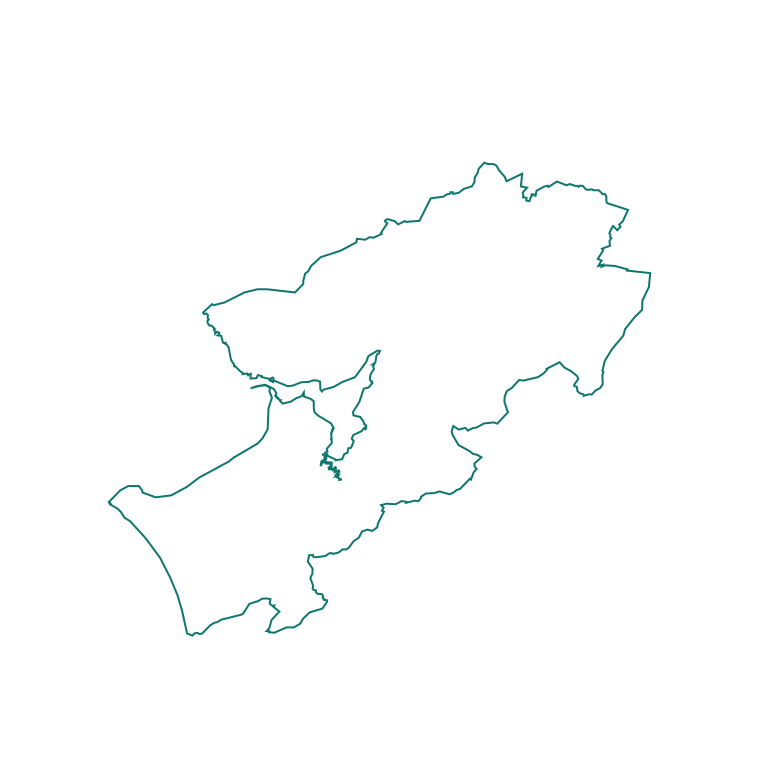 Wexford Lea-7, Wexford, Ireland, rotated 148°
{"feature_id": "5873133B47724630895547", "entity_name": "Wexford Lea-7", "entity_type": "district", "adm_level": 2, "iso_a3": "IRL", "parent_name": "Ireland", "parent_adm1": "Wexford", "projection": "natural_earth1", "projection_center": [-6.494, 52.363], "detail": "fine", "context": "isolated", "style": "outline", "palette": "teal", "viewbox_px": 768, "rotation_deg": 148, "n_neighbors": 0, "source": "geoboundaries", "source_scale": "gbopen_adm2", "svg_char_len": 6157}
<svg xmlns="http://www.w3.org/2000/svg" viewBox="0 0 768 768"><g transform="rotate(148 384 384)"><path d="M293.9,294.3L291.4,305.0L288.2,309.5L283.6,312.9L277.6,312.9L267.3,315.8L264.0,313.0L249.6,308.2L242.6,308.5L238.0,309.8L238.0,310.7L223.5,309.4L222.3,302.3L218.4,295.5L216.1,288.6L216.5,285.4L223.2,282.5L223.7,281.3L222.0,279.6L223.7,275.4L222.8,272.4L220.2,269.4L220.9,268.1L216.0,266.8L213.3,265.0L208.1,266.4L203.2,266.0L198.7,267.8L194.2,275.7L191.5,278.0L191.8,279.4L184.4,286.7L172.0,292.8L155.4,298.2L150.5,302.8L135.8,307.9L125.8,310.1L120.7,317.8L107.9,325.9L99.5,337.0L117.8,351.4L116.7,352.1L125.7,361.8L133.3,367.3L137.0,368.1L135.1,369.1L139.7,370.5L134.1,373.4L136.4,376.7L127.2,381.3L127.5,383.2L119.1,381.5L117.0,385.8L113.9,387.3L114.3,388.6L112.9,390.8L113.1,392.3L108.9,395.2L106.0,396.6L104.7,390.8L100.1,392.0L100.1,394.6L95.4,395.4L84.8,402.3L98.7,418.9L98.9,420.5L96.0,425.4L95.9,427.9L97.9,429.1L99.1,434.4L103.7,437.3L104.4,438.9L108.3,440.6L109.6,442.0L110.5,446.7L112.7,448.4L114.5,448.2L114.8,449.5L116.1,449.9L120.5,455.1L123.9,455.8L130.1,464.1L140.1,463.9L140.0,465.4L143.4,466.5L152.2,467.1L155.8,463.3L157.0,466.0L158.4,466.6L159.1,464.9L160.2,464.9L163.8,462.0L166.1,464.1L164.5,466.3L167.2,468.7L165.8,470.1L165.0,472.8L158.7,474.7L163.2,479.0L155.4,489.1L172.6,491.0L171.8,495.8L173.2,503.9L172.9,509.5L174.5,512.4L179.6,515.7L181.5,518.5L189.5,516.4L192.8,513.4L197.5,511.1L200.3,507.3L204.7,505.1L213.3,507.2L219.1,506.5L224.5,508.5L224.1,510.3L226.1,511.4L226.7,510.3L230.7,511.6L234.1,511.3L246.0,516.7L267.4,503.6L279.4,509.8L280.1,511.2L287.5,511.9L288.5,516.1L293.2,521.7L295.6,522.2L297.0,521.6L296.1,518.5L306.4,513.8L306.5,512.5L315.3,513.6L318.4,516.1L323.4,516.3L330.0,521.5L332.3,518.8L349.9,520.0L370.4,525.1L383.1,522.8L388.4,519.8L392.4,519.4L398.1,514.0L399.4,511.6L411.0,508.8L432.4,525.9L441.1,531.4L453.9,535.6L476.2,537.7L486.7,541.1L487.4,542.8L499.5,540.5L499.6,538.8L497.3,537.9L496.8,535.6L498.5,533.5L498.5,531.4L500.1,531.3L501.2,529.4L501.2,526.1L499.4,525.1L498.2,520.6L499.0,519.9L499.7,521.1L499.3,518.9L500.5,516.1L498.0,516.8L496.5,514.8L497.4,513.6L499.3,513.4L496.6,511.2L498.6,504.4L497.4,503.1L495.6,503.1L497.6,502.7L496.4,500.7L496.4,497.3L500.9,485.7L501.0,479.0L502.5,478.3L500.8,478.2L499.1,470.6L499.7,470.4L498.9,470.4L497.8,468.1L498.7,467.3L494.4,465.3L494.8,462.3L494.5,464.0L491.6,463.2L494.3,459.4L489.1,456.5L486.2,458.4L483.4,455.3L484.1,454.7L478.1,448.7L479.1,447.7L476.9,444.3L476.3,444.8L478.4,447.7L477.0,448.7L475.0,448.5L474.6,447.3L475.8,445.8L475.2,444.8L466.8,433.1L462.3,431.0L453.2,429.3L446.8,425.7L441.8,424.5L438.8,422.3L437.0,420.0L440.9,412.9L440.6,410.5L438.4,411.3L428.4,408.2L418.2,407.8L405.1,405.1L387.2,412.2L382.6,415.9L372.0,415.8L369.9,414.2L372.3,412.5L373.3,413.1L375.5,411.9L380.0,406.8L383.2,406.6L382.0,405.9L384.0,404.5L384.5,402.1L390.2,399.3L393.3,395.9L393.8,394.3L392.8,392.7L393.8,392.0L393.4,390.9L398.9,389.2L403.6,390.8L414.5,381.8L425.3,376.6L426.5,373.5L421.6,368.6L421.3,362.7L422.1,360.6L421.2,359.0L421.5,357.5L423.6,357.2L422.7,355.9L423.7,355.4L424.8,357.0L428.0,355.9L437.1,357.0L440.4,354.7L439.9,351.6L444.3,348.3L445.9,347.4L448.4,348.4L451.3,345.1L454.9,345.6L459.3,342.4L465.6,345.1L465.2,345.8L469.6,352.5L469.3,354.6L470.5,354.6L472.4,351.4L474.3,350.3L474.6,348.6L470.0,345.1L472.1,341.7L474.3,340.3L472.5,339.1L469.2,339.1L469.4,338.0L471.7,335.5L468.2,334.7L468.2,333.5L473.8,331.4L470.6,330.8L473.0,329.3L471.6,327.5L472.6,326.4L470.1,325.4L472.8,326.4L471.8,327.6L473.2,329.5L470.9,330.7L474.1,331.4L473.4,332.4L468.6,333.5L469.0,334.8L472.5,335.4L469.8,337.9L469.7,339.0L473.1,337.9L473.1,339.1L475.9,340.9L475.2,342.5L473.4,342.3L471.2,344.6L475.5,347.3L476.0,349.7L477.1,349.9L476.5,350.6L481.3,348.0L478.2,351.5L477.0,351.6L477.5,352.2L475.8,351.3L473.9,352.2L472.0,355.7L474.1,357.0L471.6,356.1L470.0,357.1L467.7,356.7L466.9,359.4L459.6,361.6L457.7,364.9L458.9,365.5L457.4,365.4L455.0,370.2L450.7,373.8L454.7,370.1L450.0,373.3L449.8,378.7L456.7,392.3L457.8,396.5L457.1,399.3L452.7,406.8L454.1,410.3L458.5,415.9L456.5,419.3L460.5,417.3L466.1,418.5L472.3,418.4L480.3,421.1L481.0,424.3L480.3,424.9L481.1,425.1L481.1,428.0L481.8,427.9L482.3,430.2L480.7,431.2L482.4,430.8L482.5,431.6L480.1,433.4L480.1,438.2L484.8,445.9L485.8,446.6L493.8,449.8L499.5,451.0L491.2,448.6L484.8,445.5L482.6,441.1L485.0,438.7L486.3,431.8L494.7,424.7L506.7,407.2L515.9,402.3L522.5,400.5L549.8,401.2L550.0,400.4L550.1,401.3L556.7,400.5L590.4,402.6L605.8,401.2L623.5,402.3L637.7,408.9L646.4,420.1L645.4,421.8L646.0,427.4L655.0,433.0L663.8,433.6L679.4,429.8L679.3,427.2L680.1,428.3L680.2,427.3L676.0,419.4L674.9,414.9L674.9,408.0L672.0,402.2L667.9,379.5L666.0,355.4L667.9,333.3L671.1,314.1L675.4,298.8L683.2,276.8L679.8,272.2L676.6,272.9L674.3,271.9L672.8,269.6L670.5,268.8L659.1,271.5L654.4,271.4L651.6,270.4L646.9,270.4L627.3,264.0L625.2,263.9L614.7,268.9L605.4,266.5L601.3,266.6L597.4,264.5L594.3,261.7L597.4,258.2L596.1,254.9L594.4,254.3L595.8,253.5L593.3,246.5L604.4,243.5L610.5,237.8L614.4,236.7L612.4,235.6L612.2,234.6L612.9,234.3L608.9,231.2L595.8,229.3L589.3,225.3L581.8,225.2L577.3,227.8L567.9,229.7L555.3,226.2L548.0,229.3L546.9,230.7L549.1,232.5L548.5,233.0L549.5,234.8L548.1,236.2L548.0,238.6L551.5,241.3L552.1,243.5L551.1,245.0L552.9,246.8L552.9,248.4L551.0,250.6L549.3,258.5L545.2,261.1L542.4,265.3L542.7,273.7L538.2,278.5L534.9,276.6L535.5,274.8L534.0,273.4L524.9,269.2L520.3,269.4L517.9,268.3L517.2,266.9L512.0,265.2L506.6,265.7L504.1,263.9L501.0,263.7L493.1,266.8L486.5,267.1L480.8,270.6L475.2,269.3L471.8,265.6L465.7,266.0L463.0,269.0L451.7,275.8L452.9,277.6L449.9,279.2L450.6,282.8L445.2,281.1L437.9,275.9L431.0,275.3L427.4,272.2L428.1,271.5L420.0,268.9L416.9,266.4L412.9,267.7L412.3,268.8L406.4,268.9L399.3,264.9L393.9,263.5L387.0,255.9L383.1,255.1L378.1,255.6L375.3,254.7L361.2,258.2L360.9,256.9L354.8,261.6L350.5,262.9L350.9,265.9L349.4,268.7L340.2,270.2L342.4,274.4L345.7,277.8L346.9,281.5L353.2,292.8L352.8,304.3L351.9,307.8L347.5,311.6L344.7,305.7L338.3,303.7L337.5,300.0L332.4,299.6L328.5,298.0L320.2,297.6L311.2,293.2L309.0,290.4L293.9,294.3Z" fill="none" stroke="#0f766e" stroke-width="2"/></g></svg>